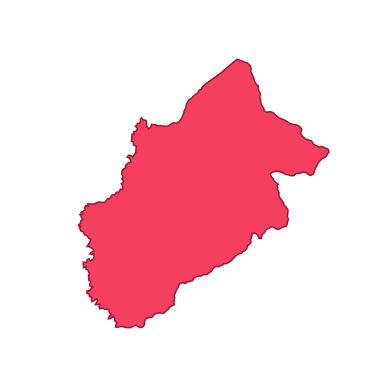 Cabeceira Grande, Minas Gerais, Brazil (orthographic projection), rotated 332°
{"feature_id": "56859067B77349065842213", "entity_name": "Cabeceira Grande", "entity_type": "district", "adm_level": 2, "iso_a3": "BRA", "parent_name": "Brazil", "parent_adm1": "Minas Gerais", "projection": "orthographic", "projection_center": [-47.136, -16.069], "detail": "fine", "context": "isolated", "style": "filled", "palette": "rose", "viewbox_px": 384, "rotation_deg": 332, "n_neighbors": 0, "source": "geoboundaries", "source_scale": "gbopen_adm2", "svg_char_len": 4752}
<svg xmlns="http://www.w3.org/2000/svg" viewBox="0 0 384 384"><g transform="rotate(332 192 192)"><path d="M69.4,280.2L71.6,281.6L74.2,282.9L76.6,282.9L78.5,282.9L80.2,283.6L81.3,285.8L82.8,287.6L85.4,288.0L87.8,286.8L88.8,284.7L90.2,283.3L91.9,282.2L93.8,282.3L95.8,283.1L97.9,283.8L99.6,283.0L101.3,282.4L104.5,282.5L107.2,283.9L109.4,285.6L111.2,285.6L113.7,284.7L116.3,284.4L118.3,283.0L120.9,283.1L123.5,283.2L124.5,280.5L125.9,278.7L127.1,277.3L127.4,275.4L128.8,274.2L130.1,273.1L131.8,271.7L133.3,270.7L135.3,269.3L137.1,267.8L138.7,266.9L141.1,267.8L143.3,269.7L145.7,268.9L147.3,270.0L149.2,270.0L151.3,270.5L152.7,269.2L154.9,268.9L156.7,268.7L158.5,269.5L160.6,270.5L163.4,270.3L164.9,271.3L166.6,271.7L169.2,271.4L171.5,271.2L173.7,270.1L175.4,269.2L178.0,268.9L180.3,270.4L182.1,270.4L184.0,270.9L186.3,270.4L189.1,271.4L191.9,271.4L194.7,271.1L197.0,270.1L198.7,269.7L200.7,268.9L202.9,268.7L205.0,268.7L207.3,269.4L209.2,268.5L211.7,268.5L214.2,267.3L215.8,265.4L218.0,265.3L220.5,264.1L221.5,261.2L223.0,260.3L224.3,258.8L225.4,256.9L227.2,257.2L228.9,258.6L229.6,260.3L229.7,262.2L229.4,264.4L231.4,265.6L233.1,263.4L234.7,262.3L236.9,261.9L238.7,260.4L240.9,259.9L242.6,260.3L245.3,259.8L247.8,261.4L248.9,264.0L250.7,265.6L252.7,265.8L254.7,265.4L256.6,265.7L258.7,266.6L260.7,265.3L262.0,263.5L263.5,262.2L264.5,260.7L264.4,258.7L265.8,256.9L266.9,255.2L268.3,253.0L268.0,249.4L267.0,246.5L267.8,244.8L267.5,242.8L267.4,240.5L266.8,237.7L267.2,235.5L268.6,233.5L268.6,230.7L269.7,228.4L269.7,226.5L271.8,225.4L270.7,223.3L269.6,220.8L269.9,218.4L269.1,215.4L269.8,212.8L272.4,212.1L275.0,213.0L276.7,213.5L278.7,215.1L280.7,217.1L281.9,219.0L283.6,220.9L285.5,222.4L287.1,224.3L289.6,225.3L292.6,224.4L294.7,225.6L296.6,226.2L299.3,226.4L301.6,228.1L302.8,230.6L304.2,233.0L307.4,233.2L309.9,231.0L312.3,228.6L314.8,227.4L316.4,226.0L318.2,225.0L320.2,224.4L322.4,223.6L325.3,223.9L328.1,223.1L329.6,221.9L331.7,221.0L332.3,218.5L330.9,216.2L329.4,214.5L327.9,212.6L325.3,212.0L323.9,209.9L322.4,208.0L321.5,206.4L321.7,204.6L321.2,202.6L319.6,201.0L317.6,199.4L316.7,197.3L315.6,194.7L315.4,191.6L316.7,189.8L318.2,188.3L318.3,186.2L317.4,184.1L315.8,181.9L313.3,180.0L311.1,178.1L309.7,175.8L308.6,174.0L307.7,172.4L306.7,170.8L305.3,169.5L303.6,167.3L302.5,164.7L301.6,162.6L301.0,160.2L299.2,158.0L296.7,157.0L294.7,156.2L293.9,154.0L294.7,151.4L294.2,148.5L294.6,145.6L295.9,142.8L296.4,139.8L298.0,138.0L298.6,136.3L298.5,134.3L299.1,131.5L300.4,129.3L299.4,127.6L299.3,123.4L300.1,119.7L300.3,116.5L300.4,113.6L301.8,111.2L302.7,108.7L302.3,106.1L301.4,104.0L300.0,102.6L298.6,101.0L297.2,99.3L295.6,97.6L293.9,96.0L281.4,98.6L274.4,100.3L252.5,103.3L250.7,104.0L248.2,105.5L246.0,105.4L244.1,107.1L238.4,107.9L235.6,108.9L232.1,109.3L227.6,112.5L226.7,114.2L222.8,117.0L221.7,118.5L217.7,121.9L213.2,124.0L210.2,123.8L207.9,122.0L202.4,122.5L200.5,122.0L196.9,119.9L195.0,118.3L192.8,117.3L191.3,115.4L187.9,113.3L186.2,115.1L183.3,116.0L183.0,112.2L183.9,110.5L185.1,107.4L182.5,104.8L182.4,102.9L180.7,103.3L179.7,105.3L177.8,106.9L176.0,105.8L174.8,107.2L173.0,107.2L173.5,110.5L171.7,111.9L168.7,111.5L167.9,113.8L166.2,112.8L164.8,114.8L163.9,116.6L162.2,118.8L163.7,120.3L162.3,123.2L164.4,125.5L162.8,127.7L160.6,130.9L158.1,132.1L156.3,133.0L154.5,130.4L152.9,129.8L151.1,130.9L152.5,132.3L152.7,134.7L152.3,137.2L149.1,136.3L146.3,137.2L144.7,139.5L142.2,139.5L139.8,140.9L138.2,143.6L138.4,146.4L136.2,147.3L136.7,150.0L135.3,151.3L133.5,151.4L133.6,153.9L132.9,156.2L131.3,157.2L130.2,155.8L126.9,158.0L125.7,156.8L122.3,158.0L120.0,157.1L117.7,158.2L116.2,159.4L114.3,158.3L112.3,159.2L110.6,160.4L107.9,159.2L106.2,157.7L104.2,157.0L102.4,156.7L100.4,156.8L98.6,156.0L96.5,154.8L94.5,153.5L93.6,155.7L92.1,154.1L89.8,155.2L89.5,157.6L86.9,157.8L84.5,158.1L84.9,159.9L82.4,159.2L82.7,162.0L82.6,164.8L80.0,165.4L78.6,167.7L76.8,167.4L76.0,169.3L77.6,169.9L75.8,171.3L75.6,174.4L77.1,175.8L77.1,179.2L78.9,181.7L79.2,184.5L80.5,186.4L78.7,188.1L76.0,189.6L73.7,190.8L75.2,191.7L77.7,195.6L77.7,198.1L74.5,198.0L72.7,198.8L74.5,200.1L76.2,200.4L75.3,203.1L73.2,204.7L69.7,205.5L69.7,202.7L67.8,202.6L65.4,204.8L63.1,202.8L60.6,208.0L63.5,208.2L62.1,210.3L63.4,211.9L63.0,216.0L61.2,217.1L60.9,219.1L59.3,221.1L60.6,223.4L58.2,225.6L57.9,227.3L59.7,229.5L57.7,230.0L55.3,230.9L52.6,230.1L51.7,232.0L53.1,234.0L52.4,236.2L54.0,237.1L52.6,239.7L52.2,241.9L54.5,241.8L57.7,241.6L57.5,243.6L55.8,244.8L53.8,246.2L57.8,247.7L55.8,250.1L55.8,252.1L58.0,252.0L59.0,253.4L60.2,254.8L63.4,256.8L62.4,259.6L63.3,262.2L60.4,263.0L58.6,264.7L60.8,265.5L64.4,264.9L64.4,267.1L63.3,269.4L64.3,272.1L62.5,273.6L61.1,275.3L63.2,276.7L65.7,277.0L68.0,278.7L69.4,280.2Z" fill="#f43f5e" stroke="#9f1239" stroke-width="1.5"/></g></svg>